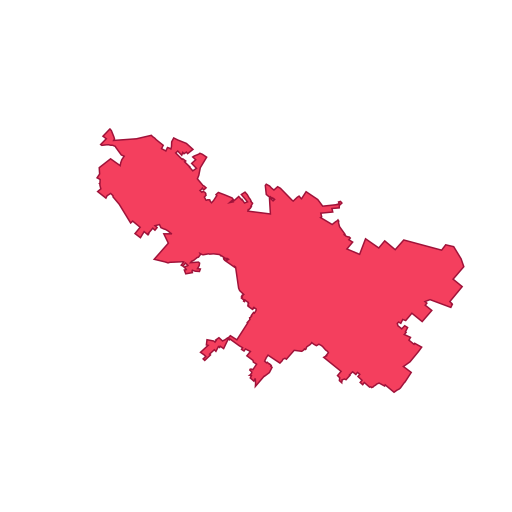 Mérida, Yucatán, Mexico (Natural Earth projection), rotated 123°
{"feature_id": "50627088B46902848147083", "entity_name": "Mérida", "entity_type": "district", "adm_level": 2, "iso_a3": "MEX", "parent_name": "Mexico", "parent_adm1": "Yucatán", "projection": "natural_earth1", "projection_center": [-89.615, 20.944], "detail": "fine", "context": "isolated", "style": "filled", "palette": "rose", "viewbox_px": 512, "rotation_deg": 123, "n_neighbors": 0, "source": "geoboundaries", "source_scale": "gbopen_adm2", "svg_char_len": 6090}
<svg xmlns="http://www.w3.org/2000/svg" viewBox="0 0 512 512"><g transform="rotate(123 256 256)"><path d="M295.1,66.0L291.5,64.6L289.7,63.5L288.0,63.0L281.9,62.7L280.5,62.4L269.1,62.4L268.4,72.2L260.9,69.2L247.7,67.7L242.2,67.4L242.8,75.4L244.0,75.4L243.3,81.9L240.1,82.1L241.1,88.9L238.3,88.5L238.2,89.4L233.4,89.9L233.5,93.3L237.7,94.1L237.2,99.0L235.6,100.8L233.7,100.4L233.6,97.9L229.3,98.4L228.6,95.3L219.1,94.1L220.5,80.9L205.9,78.9L205.1,87.3L202.5,87.0L202.2,89.5L197.8,86.3L193.0,64.6L189.7,65.0L189.8,65.7L189.2,65.7L188.7,68.6L169.4,66.4L168.1,78.1L151.8,75.9L146.7,82.4L140.5,95.3L143.3,103.0L150.0,103.5L162.1,140.8L174.9,142.7L173.2,156.3L182.4,157.4L181.9,173.5L198.2,170.0L200.6,183.6L191.7,182.5L191.8,187.0L189.6,186.7L189.3,188.1L190.0,189.7L190.3,191.3L190.1,193.6L189.3,193.2L185.9,201.9L183.2,204.9L181.7,205.6L181.1,206.9L182.1,207.0L183.9,207.9L188.1,209.3L188.6,222.8L187.3,222.3L184.8,225.0L177.3,215.6L174.8,218.2L170.3,212.4L167.7,214.0L167.7,213.5L164.8,212.8L164.2,214.9L165.7,216.2L166.7,214.9L167.5,215.3L167.7,215.2L168.4,216.0L168.6,215.8L177.9,227.2L175.0,235.0L174.8,249.0L183.2,249.0L183.2,249.6L182.3,252.5L184.3,253.4L189.7,254.7L189.6,256.0L185.9,272.4L186.1,275.6L190.9,276.9L190.6,280.1L189.9,282.7L190.2,286.5L191.8,286.6L198.8,280.9L199.3,276.8L199.6,276.2L198.5,276.3L198.8,274.1L198.4,274.1L198.6,272.5L198.2,272.5L198.4,271.2L200.5,271.7L199.7,275.6L199.9,276.1L200.3,276.1L212.9,266.8L222.8,287.3L221.3,287.8L220.8,287.1L219.5,287.1L219.3,286.8L217.1,286.8L217.1,287.3L213.6,287.6L213.1,290.0L212.7,289.9L211.6,291.7L211.1,293.3L209.3,296.7L208.4,300.0L212.4,301.8L215.2,292.6L217.8,294.5L216.2,298.6L216.7,298.7L215.5,302.9L221.5,304.5L223.5,305.4L223.5,305.1L225.6,307.2L220.9,305.9L220.3,307.7L221.7,315.3L223.2,322.2L226.3,323.0L226.7,321.8L232.7,321.8L235.6,322.3L235.1,324.2L234.9,324.3L234.1,325.4L235.3,327.3L236.2,327.8L236.4,328.4L234.7,331.4L232.2,331.0L231.7,331.8L231.2,331.9L230.8,332.5L230.5,333.5L230.6,335.0L230.9,335.7L232.0,336.1L231.6,338.7L229.5,338.0L228.3,338.0L229.1,336.0L228.8,335.7L226.0,335.0L225.6,337.8L225.8,338.8L223.2,347.2L219.5,347.9L212.3,350.8L200.0,351.2L199.9,356.4L200.4,359.0L201.8,359.5L205.8,362.3L207.4,363.0L208.1,359.0L213.4,360.4L214.9,353.7L219.0,355.4L217.7,360.1L217.3,360.0L215.9,367.2L214.6,366.7L214.4,370.3L215.2,370.5L213.3,379.5L210.6,378.8L211.9,373.2L209.0,373.8L209.5,372.1L206.8,371.0L207.4,369.1L200.9,366.9L199.5,375.6L199.6,376.3L201.3,384.8L201.8,389.3L206.2,388.9L210.2,386.5L212.6,385.7L212.8,387.9L213.2,389.3L217.0,388.8L217.4,393.7L213.7,394.1L212.8,403.1L212.3,405.1L212.2,407.8L211.8,409.5L222.8,420.1L236.6,438.3L234.9,438.4L233.4,440.2L229.6,445.6L229.0,447.7L229.3,447.8L238.9,449.6L239.2,445.4L247.1,447.0L247.2,445.6L244.2,442.0L242.9,440.1L242.4,438.5L241.2,436.5L240.7,433.6L241.2,432.9L244.6,424.0L244.1,420.9L248.2,421.0L251.6,420.2L254.2,419.1L253.7,430.9L267.3,435.6L272.4,431.8L277.0,431.9L276.7,428.4L279.8,426.6L280.5,426.8L280.6,426.2L281.8,425.3L284.2,422.7L288.2,423.9L289.2,413.4L286.5,413.7L282.7,412.0L283.3,408.8L284.3,408.1L287.1,398.9L296.6,379.1L293.9,378.4L295.0,368.8L303.1,369.7L303.6,362.9L296.5,363.1L297.1,358.1L295.7,358.0L295.6,358.6L288.9,357.7L289.4,354.8L286.0,354.4L285.6,357.2L282.2,354.1L284.0,351.2L283.5,348.0L283.0,346.4L282.9,343.8L283.3,339.9L283.2,338.6L287.6,345.4L293.0,336.5L314.2,339.6L310.5,329.1L309.7,326.0L308.2,324.8L300.5,314.0L300.4,313.3L304.4,313.8L304.3,311.8L300.3,311.2L300.9,307.9L301.2,307.9L304.5,310.3L304.9,308.1L305.4,307.1L306.8,308.5L309.2,305.2L304.6,300.3L303.6,301.4L302.6,301.6L301.8,298.6L299.8,295.0L297.2,295.6L298.5,298.2L295.0,298.4L292.7,299.4L292.5,301.0L297.3,307.3L295.4,307.1L293.3,305.8L289.3,304.5L288.3,303.6L284.9,303.4L284.4,304.2L284.1,301.8L283.8,301.0L280.0,297.0L279.7,295.9L277.3,292.8L274.6,287.3L275.0,285.4L274.6,285.3L274.6,280.7L275.6,281.9L276.2,281.3L275.9,280.8L276.6,280.2L276.7,278.7L273.9,279.2L273.7,278.8L273.7,277.2L276.7,278.5L277.1,267.2L276.4,267.9L276.4,267.1L292.4,253.1L293.6,251.4L294.1,250.1L294.9,245.4L296.5,246.2L296.6,245.6L297.9,246.0L298.1,245.1L299.2,245.4L299.5,243.1L299.3,243.0L299.2,242.0L300.6,241.8L300.5,240.8L298.9,241.2L299.2,237.8L299.1,237.2L299.8,237.0L299.8,236.4L301.7,236.1L301.7,235.3L302.4,235.3L302.5,233.9L302.7,229.8L301.8,229.6L301.6,229.9L300.7,230.0L300.7,229.3L300.2,229.4L300.4,226.9L301.5,226.3L304.1,226.2L304.8,226.3L304.7,227.3L308.0,227.5L308.9,227.4L308.9,227.0L310.6,227.2L311.3,227.7L312.6,226.5L316.5,227.1L316.5,226.5L336.7,226.4L336.8,234.1L339.4,234.6L340.3,235.3L343.0,236.3L345.5,237.8L344.7,242.6L348.3,244.0L348.4,243.4L350.5,243.5L350.3,245.1L352.9,251.5L357.6,249.2L357.0,247.5L367.0,250.1L367.2,245.4L367.6,243.4L371.1,244.3L371.5,242.1L363.8,240.3L363.6,241.5L357.3,239.9L357.8,237.7L352.4,238.2L352.5,236.7L351.2,236.9L351.3,232.7L340.8,234.1L340.8,232.7L339.8,232.8L340.4,221.0L340.2,217.3L342.2,217.3L342.2,214.3L339.7,214.2L339.1,208.7L344.7,209.3L345.2,201.6L346.4,200.5L346.4,196.6L353.0,196.7L353.2,197.9L354.0,199.2L355.0,199.1L355.6,196.3L357.2,195.7L357.7,196.1L358.5,195.9L359.5,196.4L358.9,194.6L361.4,194.4L362.1,189.7L359.6,189.9L359.6,189.5L363.2,186.9L365.7,185.5L352.3,183.7L352.3,183.4L346.5,181.3L340.6,181.9L340.4,183.6L339.5,183.6L339.1,185.9L339.4,186.0L339.0,188.7L339.9,189.0L339.5,191.5L335.5,192.0L332.6,191.9L332.8,177.6L329.5,177.0L328.0,177.2L326.0,176.0L326.0,174.3L314.3,172.6L311.0,165.7L308.8,164.8L307.6,164.8L307.6,163.7L306.9,163.4L305.3,163.9L304.3,163.9L301.2,162.5L299.0,162.0L298.3,162.1L298.5,159.4L298.3,156.5L295.7,155.2L295.5,153.0L295.6,151.0L296.9,146.4L297.0,144.2L297.7,142.6L301.3,143.0L301.3,142.5L304.1,144.0L306.4,121.8L311.9,122.5L312.5,119.5L315.1,118.2L315.6,115.1L314.8,115.6L314.0,115.7L313.1,116.4L311.0,114.8L310.7,113.1L304.9,112.2L304.8,112.8L300.5,111.9L301.0,107.7L298.4,107.5L298.4,106.3L298.7,104.5L301.5,104.9L302.5,99.4L305.3,99.8L305.8,96.4L303.1,96.3L304.1,89.3L303.2,88.5L303.4,87.4L302.0,86.4L301.3,86.4L298.9,85.3L297.8,85.1L295.5,83.6L295.0,77.3L293.7,77.5L295.1,66.0Z" fill="#f43f5e" stroke="#9f1239" stroke-width="1.5"/></g></svg>